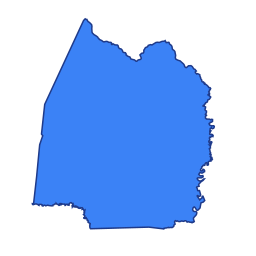 outline of Nhamatanda, Sofala, Mozambique, rotated 6°
{"feature_id": "85939544B48412147332355", "entity_name": "Nhamatanda", "entity_type": "district", "adm_level": 2, "iso_a3": "MOZ", "parent_name": "Mozambique", "parent_adm1": "Sofala", "projection": "mercator", "projection_center": [34.409, -19.305], "detail": "fine", "context": "isolated", "style": "filled", "palette": "blue", "viewbox_px": 256, "rotation_deg": 6, "n_neighbors": 0, "source": "geoboundaries", "source_scale": "gbopen_adm2", "svg_char_len": 5872}
<svg xmlns="http://www.w3.org/2000/svg" viewBox="0 0 256 256"><g transform="rotate(6 128 128)"><path d="M203.6,214.0L202.6,211.7L202.6,210.5L204.8,207.5L205.2,206.4L205.3,205.1L204.9,204.3L204.4,204.0L202.5,204.1L201.6,203.7L200.8,202.4L201.0,200.8L201.6,199.9L202.3,199.6L203.0,200.1L204.7,202.3L205.5,202.6L206.2,202.3L208.0,200.0L208.4,194.8L210.6,193.8L211.9,192.1L209.7,188.0L209.3,188.0L208.9,188.4L208.8,190.1L207.9,190.7L206.9,192.0L204.2,188.9L203.9,188.3L204.3,187.9L205.8,188.6L206.7,188.3L207.2,187.5L207.2,186.7L205.7,182.9L205.5,182.7L204.3,183.1L203.8,182.9L203.3,181.3L202.4,179.8L202.7,179.3L204.8,178.5L204.2,177.1L204.3,176.5L206.3,173.8L208.1,172.3L209.2,170.7L208.6,170.8L207.0,172.5L205.3,173.3L203.8,172.9L202.5,171.9L202.1,170.9L202.3,170.5L203.1,170.2L206.2,169.9L207.7,168.9L207.8,168.2L207.4,167.5L205.3,168.0L204.3,167.7L203.2,166.7L204.2,164.7L205.6,165.1L206.4,165.1L207.5,164.4L207.8,163.9L208.7,163.5L208.7,162.5L207.9,161.4L207.4,161.2L206.8,161.4L206.8,162.1L206.3,162.8L205.3,163.1L204.7,162.6L204.5,161.6L205.5,160.1L205.5,158.8L206.2,158.4L206.4,157.6L206.9,157.0L208.0,157.2L208.3,157.0L208.5,155.2L209.3,154.4L209.8,154.3L210.3,154.8L210.4,156.5L211.1,156.7L211.5,156.5L211.8,155.7L211.3,153.5L212.3,152.5L213.9,152.2L213.5,151.0L214.7,151.1L215.2,150.2L214.7,149.6L213.6,149.5L213.5,149.0L214.2,148.4L212.7,147.9L212.7,147.6L213.3,147.2L213.4,145.7L213.1,145.3L212.2,145.6L212.0,145.4L212.7,143.9L212.0,142.8L211.7,141.2L211.0,140.2L212.1,139.2L211.8,138.3L211.9,137.3L210.8,136.5L212.0,136.4L212.3,136.0L211.0,134.8L211.7,134.8L212.6,134.4L212.9,133.3L212.6,133.0L212.0,132.9L210.8,133.6L209.9,133.2L209.7,132.7L210.7,131.3L210.0,129.6L210.2,128.6L211.3,128.7L211.5,127.8L212.3,127.3L213.3,127.7L213.5,126.8L213.1,126.1L212.0,125.5L210.3,125.9L209.9,125.7L209.8,124.8L210.2,123.7L210.0,123.1L209.7,123.1L209.7,122.6L210.5,122.6L210.8,122.2L210.0,122.0L209.8,121.7L209.8,119.9L210.4,119.6L210.9,118.9L211.5,119.8L212.0,119.9L213.2,119.3L213.7,117.9L213.6,117.3L213.0,116.8L211.0,117.1L209.6,116.8L209.0,116.6L208.3,115.6L208.2,115.0L209.1,114.4L209.3,113.7L210.6,113.4L211.4,112.5L211.2,110.7L210.2,110.6L209.6,111.2L208.3,110.7L205.2,110.9L204.0,110.0L203.8,108.5L204.8,107.1L204.6,106.9L204.0,107.1L203.5,106.3L204.4,104.7L204.3,103.0L203.0,102.3L202.6,101.2L203.0,99.9L202.9,98.9L202.1,98.7L201.8,98.3L200.4,98.4L200.3,98.2L200.6,97.6L201.4,97.1L201.8,96.1L202.5,95.8L202.5,94.8L204.2,93.8L204.4,91.8L205.9,90.9L207.0,88.8L206.9,88.3L205.5,87.6L205.5,86.2L204.8,87.0L204.1,86.7L205.3,84.9L204.5,83.5L205.1,82.8L205.0,81.8L205.8,81.3L205.6,80.9L206.1,80.2L205.7,79.6L205.3,79.3L204.0,79.3L203.5,78.4L201.9,77.1L200.8,76.5L200.0,76.5L200.1,76.0L199.6,75.3L199.0,75.7L198.3,74.3L197.2,74.4L196.6,73.9L196.3,72.6L195.2,71.4L194.9,70.2L194.1,68.9L193.8,67.5L191.9,66.8L191.4,66.7L190.7,67.1L190.2,66.7L189.2,65.9L189.1,65.4L189.2,64.8L190.0,64.2L188.5,62.7L187.2,62.3L185.5,60.2L184.1,59.4L181.7,59.8L179.8,61.8L179.1,61.8L177.9,61.0L177.5,59.7L176.5,58.5L172.8,55.8L170.3,55.3L168.2,54.4L167.7,53.0L167.8,50.8L166.6,47.0L165.7,46.1L164.0,45.1L163.1,42.1L162.2,41.1L160.5,40.1L160.1,39.0L159.6,38.5L157.1,39.1L155.8,37.2L155.2,37.8L152.8,38.3L150.1,39.7L148.6,39.6L146.9,40.0L143.1,42.9L141.8,42.7L139.5,43.7L139.0,45.1L137.0,46.2L136.6,46.8L136.3,47.7L135.6,48.9L135.8,50.7L135.4,51.8L133.7,52.3L132.2,54.1L133.7,56.6L133.9,57.4L133.6,58.1L133.2,58.5L131.2,59.2L130.4,59.8L129.9,60.6L129.1,60.8L127.3,59.6L123.7,59.1L122.5,57.2L119.8,56.5L119.2,55.8L118.5,55.6L118.3,54.3L117.5,53.4L115.6,53.3L114.8,52.7L114.3,51.4L113.4,50.5L112.8,50.1L111.2,49.9L110.1,48.8L109.7,47.4L108.9,46.6L106.2,46.7L104.2,45.8L103.6,46.6L103.2,46.7L102.8,46.3L102.5,44.9L102.0,44.6L99.8,44.8L98.7,44.2L97.3,44.1L95.3,44.8L94.4,44.8L92.8,43.8L90.2,42.9L89.8,42.2L88.9,41.6L88.3,40.7L86.3,39.5L84.6,38.8L82.7,37.3L82.2,36.4L81.6,33.0L81.5,30.6L81.0,29.0L78.7,27.1L77.1,26.3L75.7,24.3L75.2,24.5L74.0,23.9L72.6,25.7L42.7,113.2L42.6,143.1L44.0,144.6L41.9,153.8L42.2,185.7L42.0,213.2L40.8,213.2L41.0,213.9L41.6,214.2L43.9,213.2L45.1,213.1L45.8,213.5L46.9,213.5L47.1,214.1L47.6,214.3L47.7,213.5L48.2,213.1L50.0,213.1L50.6,213.3L50.6,214.2L51.4,214.5L51.7,214.5L52.6,213.5L53.4,213.5L54.3,214.0L56.3,213.1L57.4,213.4L60.1,213.4L61.4,213.2L61.5,212.3L62.3,212.1L63.0,211.3L64.4,211.0L64.4,210.4L65.1,211.1L66.1,211.3L67.5,212.2L67.9,212.0L67.3,211.2L68.3,210.2L69.2,210.2L68.8,211.0L69.0,211.3L69.4,210.9L69.8,211.1L70.0,210.4L70.4,210.3L71.0,210.6L72.9,210.3L73.5,211.6L73.8,211.5L74.0,210.6L74.5,210.3L75.0,210.3L75.6,210.8L77.4,211.0L77.5,210.7L76.9,210.2L77.3,210.2L77.6,209.2L78.6,208.3L79.4,208.2L79.6,208.5L80.3,208.7L80.8,209.5L81.2,209.2L81.2,210.1L81.6,210.3L80.5,211.1L80.7,211.8L80.8,211.4L81.1,211.3L81.1,211.7L81.6,211.6L81.5,212.0L81.9,211.7L82.1,211.9L82.9,211.7L82.9,212.0L83.4,212.1L83.9,211.7L83.9,211.1L84.8,211.2L85.2,211.4L84.6,211.6L84.6,211.9L85.4,211.6L85.5,212.1L86.8,212.1L86.9,212.8L88.0,213.0L88.4,212.9L88.7,212.2L89.4,212.7L89.9,212.2L90.7,212.0L91.4,212.6L91.0,213.6L91.8,213.3L92.9,214.7L93.7,214.1L93.6,215.3L93.0,216.2L93.7,216.9L93.2,217.4L93.4,218.5L92.9,218.8L94.4,220.0L94.1,221.3L93.4,221.8L93.4,222.0L93.6,222.4L95.1,222.6L95.3,222.4L95.1,221.8L95.7,221.6L95.7,222.2L96.6,222.6L97.1,224.1L97.7,224.0L98.1,224.5L98.2,225.1L98.0,225.6L98.2,226.0L100.4,227.0L100.5,227.4L100.0,228.5L100.3,228.9L100.3,230.3L100.8,231.6L101.3,232.1L159.1,224.4L173.6,224.6L173.8,224.3L174.2,224.6L175.2,223.6L176.3,223.5L178.7,222.6L179.0,222.9L181.5,222.3L182.1,222.5L183.3,221.6L183.8,221.0L183.8,219.8L184.9,218.7L184.1,216.6L184.2,215.9L184.9,215.2L185.8,215.7L186.7,215.2L187.7,215.7L189.4,215.7L190.9,214.9L193.3,215.0L194.2,214.3L194.9,214.2L196.0,214.7L196.6,215.4L197.9,214.9L199.8,215.3L200.7,215.0L201.3,215.5L201.9,215.4L202.2,214.8L203.1,214.8L203.3,214.1L203.6,214.0Z" fill="#3b82f6" stroke="#1e3a8a" stroke-width="1.5"/></g></svg>